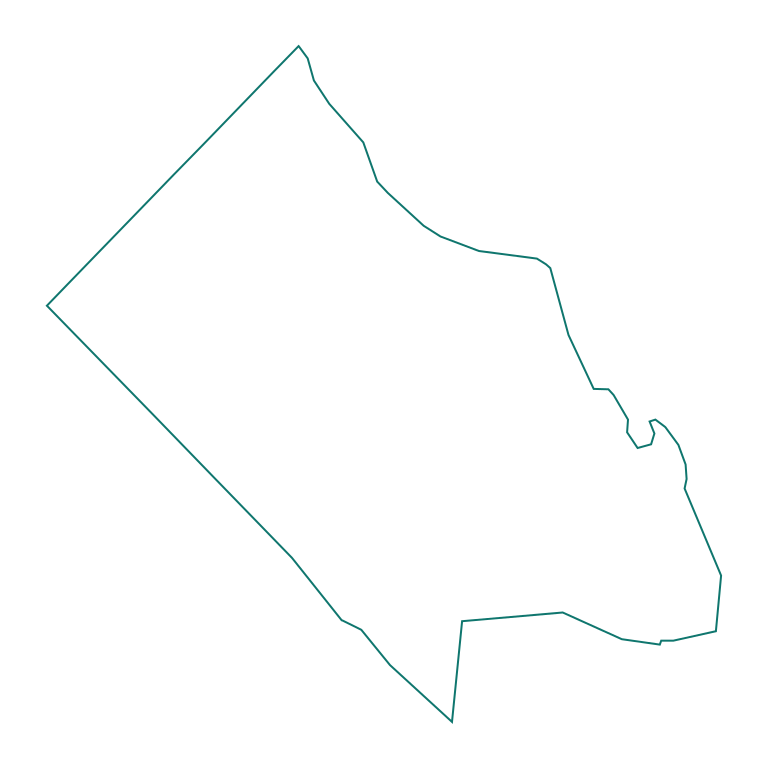 Arlington, Virginia, United States of America
{"feature_id": "52423323B5979795321834", "entity_name": "Arlington", "entity_type": "district", "adm_level": 2, "iso_a3": "USA", "parent_name": "United States of America", "parent_adm1": "Virginia", "projection": "equal_earth", "projection_center": [-77.083, 38.881], "detail": "fine", "context": "isolated", "style": "outline", "palette": "teal", "viewbox_px": 768, "rotation_deg": 0, "n_neighbors": 0, "source": "geoboundaries", "source_scale": "gbopen_adm2", "svg_char_len": 792}
<svg xmlns="http://www.w3.org/2000/svg" viewBox="0 0 768 768"><path d="M155.1,416.7L213.0,476.5L292.0,557.9L341.7,620.3L342.3,620.4L361.3,629.8L390.0,665.1L452.0,721.9L462.1,621.2L562.7,612.5L621.8,639.2L659.8,644.6L661.2,640.7L673.2,640.7L715.9,631.2L721.1,575.6L720.2,573.4L684.6,488.5L686.6,479.0L685.6,464.5L678.4,444.9L665.4,427.2L664.7,426.6L655.4,419.6L649.6,421.5L654.4,433.5L651.1,444.3L637.6,448.0L627.1,432.3L628.0,419.6L613.6,395.0L608.4,389.3L593.7,388.9L568.5,335.0L550.3,268.1L546.0,264.3L536.9,258.6L497.3,253.4L478.9,251.0L440.5,236.5L423.7,225.8L387.8,192.9L377.2,181.6L363.3,142.4L329.3,103.9L313.9,80.5L307.7,58.4L298.8,46.3L298.6,46.1L274.2,71.1L204.5,143.2L173.8,174.6L132.0,217.8L66.9,285.0L46.9,305.7L155.1,416.7Z" fill="none" stroke="#0f766e" stroke-width="2"/></svg>